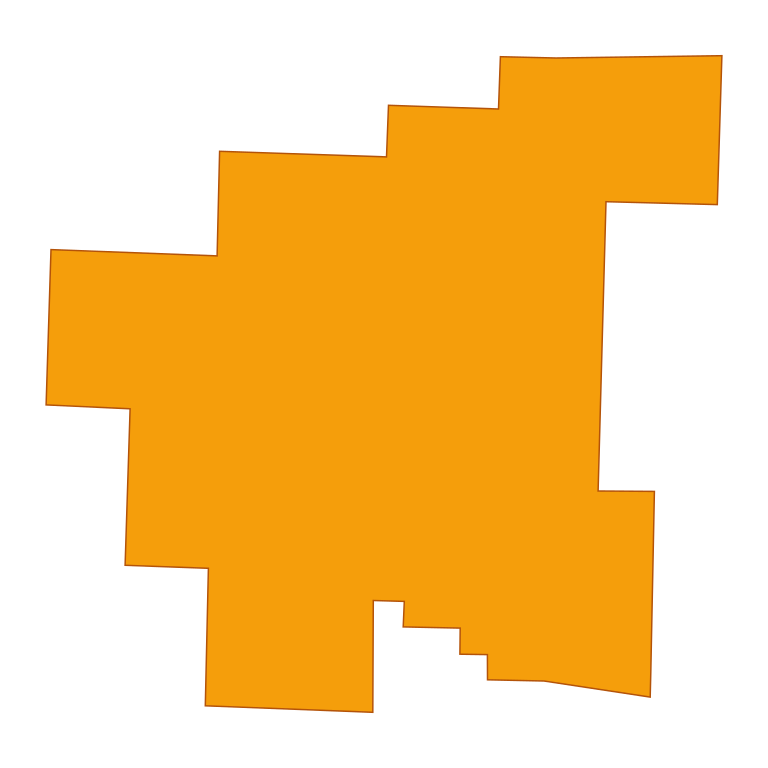 Noble, Ohio, United States of America (Robinson projection)
{"feature_id": "52423323B8132923889565", "entity_name": "Noble", "entity_type": "district", "adm_level": 2, "iso_a3": "USA", "parent_name": "United States of America", "parent_adm1": "Ohio", "projection": "robinson", "projection_center": [-81.451, 39.767], "detail": "fine", "context": "isolated", "style": "filled", "palette": "amber", "viewbox_px": 768, "rotation_deg": 0, "n_neighbors": 0, "source": "geoboundaries", "source_scale": "gbopen_adm2", "svg_char_len": 486}
<svg xmlns="http://www.w3.org/2000/svg" viewBox="0 0 768 768"><path d="M51.0,249.6L46.1,404.9L130.1,408.8L125.1,565.3L208.4,568.3L205.3,705.8L372.8,712.3L373.3,600.5L404.3,601.4L403.2,626.9L460.2,628.1L459.9,654.2L487.4,654.6L487.5,679.8L543.9,681.0L650.2,697.1L650.8,672.2L654.4,491.4L598.1,491.0L606.0,201.7L717.3,204.6L721.9,55.7L556.0,58.0L500.4,56.7L498.5,109.0L388.5,105.3L386.5,156.9L219.6,151.3L217.1,255.9L51.0,249.6Z" fill="#f59e0b" stroke="#b45309" stroke-width="1.5"/></svg>